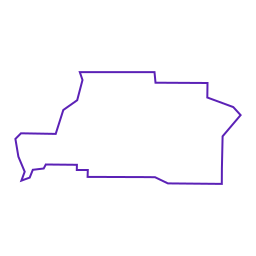 Spalding, Georgia, United States of America (Mercator projection)
{"feature_id": "52423323B62246388397555", "entity_name": "Spalding", "entity_type": "district", "adm_level": 2, "iso_a3": "USA", "parent_name": "United States of America", "parent_adm1": "Georgia", "projection": "mercator", "projection_center": [-84.329, 33.266], "detail": "fine", "context": "isolated", "style": "outline", "palette": "violet", "viewbox_px": 256, "rotation_deg": 0, "n_neighbors": 0, "source": "geoboundaries", "source_scale": "gbopen_adm2", "svg_char_len": 507}
<svg xmlns="http://www.w3.org/2000/svg" viewBox="0 0 256 256"><path d="M21.0,133.3L15.4,138.9L18.4,156.7L24.7,171.7L21.4,180.6L29.7,177.6L32.8,169.8L43.7,168.5L45.8,164.5L76.9,164.8L76.8,170.0L87.8,170.0L87.6,176.9L144.2,177.1L155.0,177.2L167.9,183.4L221.8,183.9L221.9,168.4L222.6,136.3L233.3,123.7L240.6,115.1L233.3,107.1L207.3,97.5L207.5,83.0L172.2,82.8L155.5,82.7L154.5,72.1L97.9,72.1L79.8,72.1L82.5,80.0L77.2,100.2L63.3,110.0L55.7,133.9L21.0,133.3Z" fill="none" stroke="#5b21b6" stroke-width="2"/></svg>